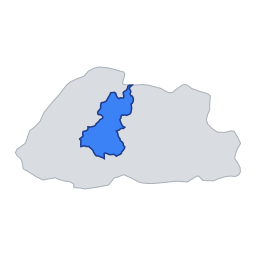 where Wangdi Phodrang sits in Bhutan
{"feature_id": "BTN-2487", "entity_name": "Wangdi Phodrang", "entity_type": "District", "adm_level": 1, "iso_a3": "BTN", "parent_name": "Bhutan", "parent_adm1": "", "projection": "albers", "projection_center": [90.204, 27.588], "detail": "fine", "context": "in_parent", "style": "filled", "palette": "blue", "viewbox_px": 256, "rotation_deg": 0, "n_neighbors": 0, "source": "natural_earth", "source_scale": "10m", "svg_char_len": 4109}
<svg xmlns="http://www.w3.org/2000/svg" viewBox="0 0 256 256"><path d="M209.8,108.3L209.5,110.0L207.6,114.6L206.4,119.6L207.5,123.6L211.8,128.4L217.6,132.2L224.9,132.4L231.5,130.8L234.2,131.4L238.0,137.8L240.6,143.4L237.2,149.3L235.4,154.4L234.7,158.0L235.2,159.5L237.4,162.4L240.0,167.3L240.4,171.9L238.8,174.9L235.4,176.5L231.7,176.1L228.6,176.2L224.8,176.8L218.9,178.6L213.4,180.8L202.9,180.5L198.7,176.1L196.8,176.1L187.3,182.0L177.0,181.1L158.2,183.1L150.3,183.6L142.3,183.0L138.2,181.8L130.6,177.7L123.7,174.7L116.7,177.4L114.2,177.9L108.6,185.0L96.5,187.3L84.3,189.0L80.7,188.0L73.9,187.6L73.7,185.9L73.9,184.3L72.3,183.0L69.6,181.7L64.8,181.1L58.7,179.4L55.2,177.7L42.7,180.0L35.5,176.3L27.3,171.1L23.2,168.8L21.8,160.9L20.3,158.4L17.1,155.7L15.4,152.5L16.9,149.3L25.1,143.4L25.8,142.0L29.7,130.8L34.9,126.8L40.1,121.2L44.1,112.2L51.7,103.0L60.0,93.6L65.8,86.0L69.5,82.4L77.3,78.6L83.8,76.3L88.3,71.2L93.7,68.3L99.2,67.0L107.5,67.8L115.2,69.6L123.7,72.1L124.7,74.2L124.0,77.9L122.8,81.6L122.7,83.5L124.1,84.6L132.4,85.2L142.6,84.6L148.3,85.1L161.1,88.5L164.9,90.9L168.8,92.7L172.6,92.4L177.4,88.4L182.4,85.0L185.6,84.4L187.8,85.5L191.9,88.6L200.4,91.6L207.9,93.8L210.4,95.9L209.6,105.2L209.8,108.3Z" fill="#d9dde1" stroke="#a8b0b8" stroke-width="1"/><path d="M110.0,154.7L109.1,154.5L105.6,153.0L104.2,153.4L104.3,158.6L102.5,157.5L101.5,157.3L98.9,156.1L96.1,155.8L94.5,153.7L93.6,152.1L93.3,151.2L93.1,150.8L92.6,150.1L92.0,149.3L90.5,148.1L89.7,147.3L88.7,146.6L88.2,146.4L86.2,146.6L84.7,145.8L80.8,146.6L80.8,142.0L81.0,141.1L81.0,140.4L80.8,140.2L80.6,140.1L80.1,139.7L79.6,139.0L83.2,135.9L82.7,134.4L82.8,132.9L83.1,131.5L86.6,130.6L87.7,129.6L87.9,128.6L88.0,127.9L88.1,127.5L87.9,126.8L88.0,126.8L90.8,127.0L94.2,126.2L95.8,124.8L96.1,123.7L98.5,121.7L100.2,119.4L101.7,118.9L102.7,117.9L102.9,117.5L102.8,116.9L102.6,116.5L102.1,116.0L101.5,115.3L101.1,114.9L100.6,114.7L100.1,114.6L99.2,114.8L98.8,114.7L98.3,114.5L97.8,113.9L97.7,113.1L97.7,112.3L97.9,111.7L98.1,111.3L98.3,111.0L99.4,109.8L100.0,109.2L100.7,108.0L100.6,105.7L101.0,103.2L101.4,102.7L101.8,102.7L102.1,102.6L102.4,102.5L103.8,102.3L104.5,102.0L105.9,101.3L106.5,100.7L106.9,100.1L107.1,99.5L110.0,94.6L110.4,93.3L110.7,92.9L111.0,92.7L111.4,92.6L113.6,92.5L114.7,92.4L115.8,93.4L116.0,93.8L116.1,94.2L116.0,94.4L116.0,94.6L116.0,94.8L116.1,95.2L117.4,97.4L118.3,98.2L118.9,98.6L119.3,98.5L119.6,98.3L120.0,98.0L120.4,97.8L120.9,97.8L121.8,98.0L122.2,98.0L122.6,97.9L123.3,97.9L123.7,97.6L123.9,97.2L123.8,96.8L123.7,96.3L123.7,95.6L123.7,95.2L123.5,94.9L123.4,94.5L123.3,94.2L123.4,93.6L123.2,93.1L123.3,92.5L123.8,91.8L125.9,90.5L126.5,90.0L127.2,88.8L127.6,87.9L127.8,86.3L128.8,85.5L129.2,85.2L132.2,85.1L130.2,86.9L129.2,88.7L130.6,90.6L130.8,91.2L130.8,91.7L130.6,92.4L130.4,92.8L130.2,93.0L130.0,93.4L130.0,93.5L130.2,94.0L130.4,94.3L130.6,94.9L130.8,95.4L131.0,95.7L131.1,95.8L131.9,96.0L132.2,96.1L132.3,96.2L132.5,96.5L132.6,96.9L132.8,97.4L132.9,97.7L133.1,98.0L133.3,98.3L133.3,98.7L133.4,99.4L133.1,101.6L132.3,103.1L131.9,103.7L131.6,103.9L131.3,103.9L131.2,104.2L131.1,104.6L131.6,107.6L131.6,108.6L131.0,112.2L130.7,113.0L130.3,113.6L129.6,114.1L126.6,115.4L126.2,115.4L125.9,115.3L125.2,114.8L124.9,114.8L124.5,114.9L124.1,115.1L123.5,115.2L123.1,115.3L122.9,115.2L122.6,115.2L122.4,115.1L122.1,115.0L121.9,115.0L121.7,115.2L121.4,115.6L121.2,115.9L121.1,116.3L121.0,117.7L120.8,118.2L119.9,119.4L119.8,119.9L120.0,120.3L120.3,121.0L120.4,121.3L120.5,121.6L120.5,121.8L120.8,122.5L120.9,122.8L122.1,125.3L122.8,126.2L124.8,127.2L124.1,127.9L123.8,128.1L123.5,128.4L123.4,128.5L123.1,128.6L122.8,128.4L122.4,128.3L121.9,128.3L121.0,128.6L120.4,128.9L119.2,130.0L118.8,130.3L116.4,130.9L117.6,133.0L117.8,133.6L118.2,135.9L119.2,137.8L120.1,138.9L120.0,139.2L120.0,139.5L120.1,140.1L120.4,140.5L122.4,142.3L122.9,142.9L123.2,143.6L123.5,145.8L124.6,146.5L124.7,147.5L124.3,148.7L123.1,150.5L122.1,151.5L121.5,152.3L121.4,153.5L119.7,154.6L118.2,155.1L116.3,156.2L115.6,155.5L114.9,155.1L113.9,154.3L113.7,154.2L113.3,154.2L112.4,154.5L110.0,154.7Z" fill="#3b82f6" stroke="#1e3a8a" stroke-width="1.5"/></svg>